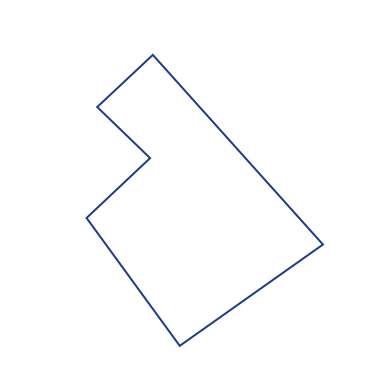 Suhag City, Suhaj, Egypt (orthographic projection), rotated 162°
{"feature_id": "37247803B45887361748458", "entity_name": "Suhag City", "entity_type": "district", "adm_level": 2, "iso_a3": "EGY", "parent_name": "Egypt", "parent_adm1": "Suhaj", "projection": "orthographic", "projection_center": [31.655, 26.477], "detail": "fine", "context": "isolated", "style": "outline", "palette": "blue", "viewbox_px": 384, "rotation_deg": 162, "n_neighbors": 0, "source": "geoboundaries", "source_scale": "gbopen_adm2", "svg_char_len": 248}
<svg xmlns="http://www.w3.org/2000/svg" viewBox="0 0 384 384"><g transform="rotate(162 192 192)"><path d="M255.9,302.1L221.4,237.2L300.3,199.9L251.2,49.5L83.7,101.6L186.9,334.5L255.9,302.1Z" fill="none" stroke="#1e3a8a" stroke-width="2"/></g></svg>